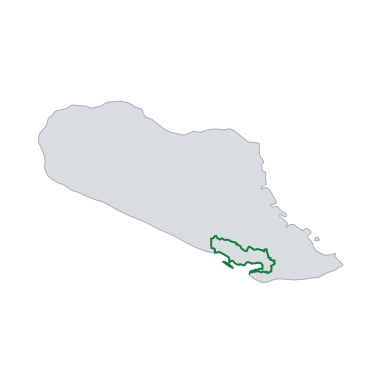 Analanjirofo on a map of Madagascar (Albers equal-area conic projection), rotated 98°
{"feature_id": "MDG-5863", "entity_name": "Analanjirofo", "entity_type": "Autonomous Province", "adm_level": 1, "iso_a3": "MDG", "parent_name": "Madagascar", "parent_adm1": "", "projection": "albers", "projection_center": [49.502, -16.347], "detail": "medium", "context": "in_parent", "style": "outline", "palette": "green", "viewbox_px": 384, "rotation_deg": 98, "n_neighbors": 0, "source": "natural_earth", "source_scale": "10m", "svg_char_len": 5141}
<svg xmlns="http://www.w3.org/2000/svg" viewBox="0 0 384 384"><g transform="rotate(98 192 192)"><path d="M250.3,40.9L251.4,43.4L252.6,45.7L256.5,51.5L258.1,53.7L259.5,56.0L260.2,60.7L262.6,68.0L264.9,78.9L265.6,90.1L266.2,95.2L268.0,100.1L270.9,105.1L271.8,110.7L270.0,116.4L267.4,121.9L266.8,122.9L265.5,124.3L265.0,124.2L262.9,122.8L261.3,120.5L259.1,115.1L258.4,112.4L257.5,111.9L255.0,112.2L253.2,113.9L252.8,114.9L253.2,118.0L253.9,120.7L254.2,123.5L254.3,127.0L254.9,128.0L255.9,128.9L256.9,131.2L257.1,136.7L256.5,139.4L254.7,141.8L254.8,143.1L255.5,144.4L254.9,145.3L252.5,146.3L251.6,147.2L250.3,149.6L248.3,154.5L248.0,157.0L249.3,164.6L248.9,170.0L246.4,180.4L244.9,185.3L242.8,191.2L239.6,198.9L236.4,208.6L233.8,218.6L231.8,224.6L229.6,230.5L226.6,240.9L224.0,251.5L220.2,263.2L215.0,276.2L214.5,277.9L213.4,284.5L212.3,290.2L210.9,295.9L208.0,305.3L207.7,308.2L207.1,311.0L204.3,316.9L203.1,319.1L202.3,321.4L201.9,324.3L201.0,327.2L199.0,332.4L196.0,336.9L193.9,338.6L189.4,341.0L187.1,341.5L182.0,341.7L177.1,343.1L172.0,345.8L167.1,348.8L165.2,350.3L163.2,351.1L156.6,351.4L154.7,350.8L148.0,346.1L145.5,345.3L140.7,344.8L139.2,344.4L137.9,343.8L135.9,341.3L131.9,339.2L131.0,338.6L130.4,337.1L129.9,335.5L128.9,333.8L128.0,330.4L126.7,328.0L123.0,323.9L122.6,322.6L122.2,318.1L122.2,315.1L121.7,309.5L122.0,306.9L123.2,304.5L122.6,302.0L121.2,299.3L120.7,296.6L119.6,294.1L115.7,289.6L114.7,287.4L114.1,285.1L112.4,277.9L112.2,275.4L112.2,270.0L112.7,267.3L113.5,265.3L113.7,263.9L114.3,262.7L115.1,261.6L115.7,260.5L116.9,253.6L118.7,252.0L121.3,251.1L123.4,249.2L124.6,246.8L125.6,241.8L128.9,236.7L130.0,234.1L132.6,230.1L134.9,224.5L135.6,221.9L136.0,219.2L136.5,213.4L136.9,210.5L136.7,207.6L135.2,204.7L131.8,199.4L131.7,198.4L131.8,194.3L131.5,191.5L130.2,188.6L128.5,185.9L126.9,180.9L125.9,172.5L126.0,169.5L125.4,166.8L124.2,164.3L124.9,159.8L134.5,143.2L134.8,141.3L134.2,136.3L134.4,133.4L134.7,132.4L135.4,131.7L137.2,131.4L145.2,130.5L146.3,129.9L148.3,128.5L151.0,125.8L152.2,125.0L153.4,125.3L154.1,126.4L155.0,127.0L158.3,125.7L159.5,125.7L160.8,125.8L161.4,124.7L161.7,123.2L162.2,122.2L163.0,121.6L167.3,121.2L169.9,120.7L173.4,119.6L174.2,119.8L177.0,123.5L177.9,123.8L179.0,123.9L179.9,123.2L177.6,121.3L177.2,120.2L177.3,119.0L178.5,116.3L180.5,114.2L185.0,111.0L189.7,107.3L191.1,107.1L192.3,107.6L193.2,111.9L193.1,112.6L193.9,112.7L194.7,112.1L195.5,110.4L195.5,109.0L194.9,107.6L194.5,106.5L194.5,105.4L196.9,102.9L198.7,100.5L199.6,97.6L200.3,96.3L202.3,94.8L202.9,95.0L203.4,96.2L203.6,97.5L203.1,98.7L202.4,100.0L202.1,101.7L203.3,102.0L204.3,101.6L205.8,98.5L207.6,95.7L208.6,94.2L209.9,93.1L212.2,93.3L214.3,93.9L210.8,90.9L209.9,86.8L214.0,79.6L214.0,78.1L214.6,77.7L214.9,77.1L212.7,74.7L212.3,73.5L212.6,71.7L213.6,70.1L214.5,68.9L215.9,68.5L216.9,69.1L219.3,71.1L220.8,71.4L222.7,69.5L224.2,67.1L226.6,65.4L229.2,64.4L233.2,60.6L235.8,52.8L236.0,50.5L235.4,47.8L234.5,45.1L232.9,41.8L233.3,41.1L235.5,41.5L236.3,41.1L238.7,38.2L242.6,32.6L243.9,32.6L245.1,33.6L245.5,35.2L246.3,36.3L249.0,38.9L250.3,40.9ZM222.8,63.0L222.8,63.8L219.8,63.5L219.3,60.5L220.8,60.4L221.1,59.2L222.0,59.1L223.0,61.7L222.8,63.0ZM259.3,146.5L256.7,150.9L257.5,147.2L260.4,142.0L261.3,141.6L259.3,146.5Z" fill="#d9dde1" stroke="#a8b0b8" stroke-width="1"/><path d="M263.8,123.3L263.2,123.4L261.7,121.9L261.4,119.8L260.8,119.4L260.1,118.5L260.0,117.4L260.3,116.4L259.9,115.9L259.3,115.7L258.7,114.8L258.7,113.4L258.6,112.2L258.7,111.7L258.0,111.4L257.4,111.8L256.6,111.8L255.1,111.8L254.4,112.1L253.9,112.6L252.6,114.4L253.1,116.7L252.8,117.7L253.5,118.5L254.0,120.1L254.1,121.3L254.7,122.9L253.8,125.0L253.6,126.4L254.0,127.9L254.6,128.5L256.8,129.4L257.3,130.2L257.4,130.9L256.8,134.0L257.0,134.8L257.6,135.3L257.7,135.7L257.3,138.2L256.1,140.3L254.5,141.9L254.5,143.0L255.0,144.0L255.5,144.5L256.0,144.7L257.1,144.7L255.7,145.4L252.2,146.1L251.6,146.7L250.1,149.8L247.9,155.5L247.7,157.2L248.4,158.7L248.9,160.9L245.6,161.3L244.8,163.0L244.8,164.8L242.0,165.7L238.6,166.0L235.5,166.6L234.9,164.5L232.6,163.4L232.1,162.2L234.0,160.7L235.2,157.7L233.7,156.0L234.9,153.3L234.3,149.4L235.7,145.9L235.7,143.8L236.2,141.2L237.3,141.0L237.8,140.8L237.4,139.7L238.1,138.8L238.7,137.6L239.0,136.3L241.0,135.3L243.1,130.9L242.8,129.7L242.6,129.4L240.5,129.1L238.4,128.1L238.2,127.8L239.0,125.3L240.1,123.7L240.5,122.9L240.2,121.1L239.3,119.1L240.0,114.9L239.9,113.7L240.8,112.4L240.7,112.2L240.3,112.3L239.9,112.1L239.3,112.2L238.8,112.0L238.3,110.6L238.5,109.9L240.6,109.6L242.0,109.0L242.8,108.2L243.9,108.1L245.3,107.2L246.1,107.3L246.4,107.1L246.7,106.3L246.4,105.7L246.5,105.0L247.8,105.2L248.4,104.7L248.3,103.3L248.6,102.2L248.4,101.0L248.7,100.6L250.0,101.2L250.8,100.3L251.4,100.1L252.8,101.4L253.9,103.0L254.4,103.4L256.5,102.5L258.5,102.8L259.1,102.5L259.5,102.5L261.8,105.8L261.7,106.1L260.4,106.9L261.4,108.4L261.0,109.2L260.9,110.3L262.0,112.1L261.5,113.6L261.2,115.6L261.9,117.6L262.1,118.7L262.6,119.8L263.6,123.2L263.8,123.3ZM259.7,143.6L260.1,142.2L261.3,141.5L261.2,142.1L258.7,148.0L256.8,151.0L256.6,150.4L257.4,148.3L257.5,146.9L259.7,143.6Z" fill="none" stroke="#15803d" stroke-width="2"/></g></svg>